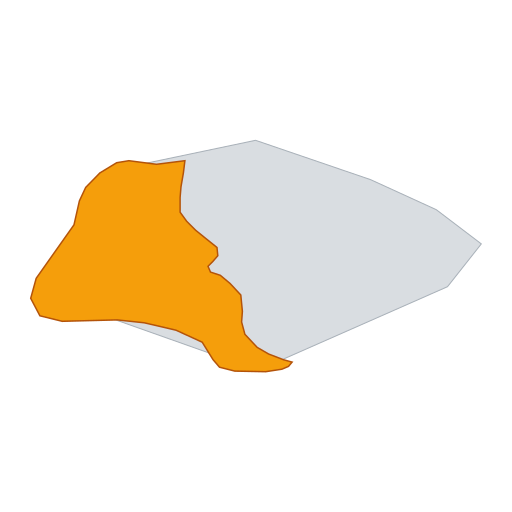 Singapore, with South West highlighted
{"feature_id": "SGP-4872", "entity_name": "South West", "entity_type": "state/province", "adm_level": 1, "iso_a3": "SGP", "parent_name": "Singapore", "parent_adm1": "", "projection": "albers", "projection_center": [103.764, 1.348], "detail": "fine", "context": "in_parent", "style": "filled", "palette": "amber", "viewbox_px": 512, "rotation_deg": 0, "n_neighbors": 0, "source": "natural_earth", "source_scale": "10m", "svg_char_len": 833}
<svg xmlns="http://www.w3.org/2000/svg" viewBox="0 0 512 512"><path d="M447.5,286.7L257.9,370.3L43.1,294.2L112.8,170.2L255.5,140.3L370.7,179.7L436.3,209.7L481.3,243.9L447.5,286.7Z" fill="#d9dde1" stroke="#a8b0b8" stroke-width="1"/><path d="M292.1,362.1L288.5,366.4L281.9,369.2L265.7,371.7L234.8,371.1L219.5,367.2L213.0,359.6L202.2,342.2L176.0,330.2L144.3,322.8L117.2,319.9L62.2,321.3L39.9,315.8L30.7,298.3L36.2,278.3L74.0,224.8L79.4,200.9L85.7,187.4L99.9,172.9L116.7,162.7L128.9,160.7L156.5,164.3L184.9,160.7L183.4,172.9L181.0,186.8L180.1,197.5L180.1,212.2L186.7,221.3L195.7,230.3L204.7,237.6L217.0,247.5L217.8,255.7L212.9,261.4L208.0,266.3L210.5,272.1L220.3,275.3L230.1,283.5L240.8,295.0L242.4,311.4L241.6,322.0L244.9,334.3L257.2,347.4L268.6,354.0L283.4,359.7L292.1,362.1Z" fill="#f59e0b" stroke="#b45309" stroke-width="1.5"/></svg>